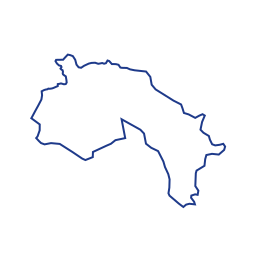 outline of Alindao, Basse-Kotto, Central African Republic, rotated 121°
{"feature_id": "33826404B62938730808524", "entity_name": "Alindao", "entity_type": "district", "adm_level": 2, "iso_a3": "CAF", "parent_name": "Central African Republic", "parent_adm1": "Basse-Kotto", "projection": "mercator", "projection_center": [21.194, 5.183], "detail": "fine", "context": "isolated", "style": "outline", "palette": "blue", "viewbox_px": 256, "rotation_deg": 121, "n_neighbors": 0, "source": "geoboundaries", "source_scale": "gbopen_adm2", "svg_char_len": 1764}
<svg xmlns="http://www.w3.org/2000/svg" viewBox="0 0 256 256"><g transform="rotate(121 128 128)"><path d="M183.9,201.5L185.0,197.8L185.7,194.8L185.0,191.1L180.6,186.2L176.8,178.3L177.2,163.1L177.8,151.4L177.4,148.0L171.1,143.2L166.6,145.7L154.2,137.3L150.3,134.5L144.9,132.5L138.1,125.2L123.8,138.0L123.1,116.5L124.5,111.4L132.2,104.5L133.0,97.9L132.3,90.3L138.5,80.4L142.4,76.2L146.8,69.7L150.6,65.9L157.9,61.8L163.1,59.7L164.6,57.6L166.6,45.6L167.2,39.9L163.7,38.7L161.3,36.3L159.0,31.3L157.2,33.3L155.3,38.0L153.3,38.9L150.3,36.3L149.4,33.9L145.5,35.4L143.1,40.4L131.8,46.6L129.2,47.3L121.0,43.0L114.9,45.8L110.8,46.9L106.9,42.7L104.0,36.5L97.3,34.3L93.9,35.2L92.5,38.2L95.2,40.8L98.0,44.3L98.6,47.5L95.8,51.8L93.2,54.6L93.2,60.9L92.1,65.0L84.7,67.6L77.8,68.6L77.8,71.2L80.6,73.2L84.7,75.6L85.1,83.0L86.3,87.8L83.0,91.5L80.5,94.6L81.1,103.1L80.7,124.2L78.7,130.0L72.7,135.2L70.3,141.6L75.1,152.0L76.7,156.5L77.1,159.9L79.6,164.3L80.1,165.7L78.7,168.7L79.5,171.3L81.5,174.8L80.3,178.6L80.7,180.3L83.8,180.3L85.2,181.6L85.6,183.6L87.1,185.2L88.3,186.6L89.0,189.8L91.0,192.8L93.0,194.8L97.3,197.7L100.5,199.2L101.4,201.6L100.2,204.8L96.7,208.4L94.8,212.3L95.3,215.1L96.1,217.4L100.2,218.3L102.9,218.8L106.6,224.7L108.0,224.6L109.3,222.2L109.9,219.4L109.3,217.4L110.0,216.4L111.3,216.4L111.9,216.4L112.2,215.2L112.2,213.8L113.3,212.7L114.8,212.1L115.5,211.3L115.7,209.9L115.8,207.9L118.6,205.5L120.6,204.0L122.4,204.0L123.5,205.4L124.3,208.4L125.7,209.8L126.5,210.8L128.3,209.8L129.5,210.7L132.3,212.7L133.3,213.6L134.7,215.3L135.3,216.6L136.2,216.9L137.4,218.3L138.6,219.4L141.0,220.9L144.2,218.5L148.2,216.9L155.0,216.5L160.6,216.3L168.5,215.9L169.4,215.9L170.4,205.5L175.5,202.5L181.8,201.2L183.9,201.5Z" fill="none" stroke="#1e3a8a" stroke-width="2"/></g></svg>